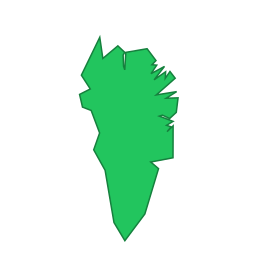 the Region of Austurland, rotated 325°
{"feature_id": "ISL-695", "entity_name": "Austurland", "entity_type": "Region", "adm_level": 1, "iso_a3": "ISL", "parent_name": "Iceland", "parent_adm1": "", "projection": "mercator", "projection_center": [-15.126, 64.88], "detail": "coarse", "context": "isolated", "style": "filled", "palette": "green", "viewbox_px": 256, "rotation_deg": 325, "n_neighbors": 0, "source": "natural_earth", "source_scale": "10m", "svg_char_len": 710}
<svg xmlns="http://www.w3.org/2000/svg" viewBox="0 0 256 256"><g transform="rotate(325 128 128)"><path d="M156.9,37.5L147.3,56.6L166.8,54.9L168.7,64.1L165.8,65.5L159.8,74.8L158.7,78.5L169.6,64.8L189.1,74.0L189.6,88.8L183.9,89.9L187.6,93.0L178.0,96.7L193.2,98.5L177.0,103.5L191.1,103.5L187.0,108.7L194.8,105.8L195.2,114.3L170.1,117.1L188.7,126.1L176.3,125.5L186.3,132.0L176.5,142.9L167.6,144.1L163.6,137.2L160.4,136.2L168.7,148.4L161.1,147.9L164.0,151.8L157.9,153.4L166.2,152.1L147.8,178.2L127.1,168.9L129.7,178.8L92.5,208.1L60.8,218.5L62.3,197.4L85.0,149.5L87.4,126.2L101.9,115.8L107.9,92.5L102.7,84.8L107.6,72.7L119.5,74.4L120.1,58.0L156.9,37.5Z" fill="#22c55e" stroke="#15803d" stroke-width="1.5"/></g></svg>